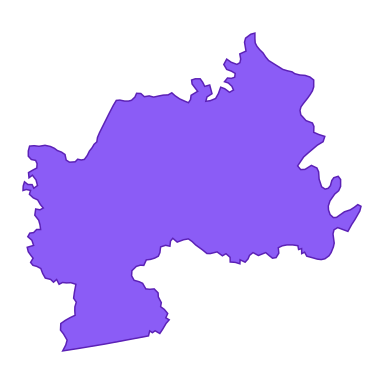 the district of Ivaiporã, Paraná, Brazil
{"feature_id": "56859067B76316504831540", "entity_name": "Ivaiporã", "entity_type": "district", "adm_level": 2, "iso_a3": "BRA", "parent_name": "Brazil", "parent_adm1": "Paraná", "projection": "natural_earth1", "projection_center": [-51.626, -24.281], "detail": "fine", "context": "isolated", "style": "filled", "palette": "violet", "viewbox_px": 384, "rotation_deg": 0, "n_neighbors": 0, "source": "geoboundaries", "source_scale": "gbopen_adm2", "svg_char_len": 3652}
<svg xmlns="http://www.w3.org/2000/svg" viewBox="0 0 384 384"><path d="M62.7,350.9L78.2,348.5L104.6,344.1L148.5,335.9L149.7,330.9L152.4,332.7L155.1,330.8L159.8,333.5L162.6,329.3L166.1,323.4L169.2,319.8L165.8,317.8L167.7,313.5L164.3,309.4L160.6,306.7L161.3,302.6L158.3,296.9L158.1,292.9L154.2,288.9L149.8,289.3L145.8,288.9L142.6,283.3L139.1,281.7L134.1,280.3L131.6,275.8L131.9,270.7L136.3,266.4L140.2,265.2L143.8,265.4L146.3,259.9L150.5,259.4L154.7,258.1L158.3,256.2L159.9,252.6L160.6,246.9L165.6,245.3L169.9,246.2L170.5,241.1L172.8,238.3L177.2,242.1L183.7,239.7L188.4,238.9L192.1,241.5L195.6,244.9L202.5,249.9L206.9,253.5L210.2,253.6L217.1,251.9L222.4,255.8L226.0,253.7L230.1,257.3L230.2,262.0L235.4,262.4L239.9,263.8L240.1,259.8L245.1,262.2L248.0,259.0L249.5,255.4L253.0,252.6L258.4,255.5L265.7,252.6L269.6,255.9L272.5,258.2L276.1,257.6L278.8,253.2L278.3,247.7L282.3,245.8L287.0,244.9L292.6,244.9L297.9,245.7L298.6,249.5L301.6,248.6L301.7,253.6L304.6,252.2L306.8,256.2L312.7,257.8L317.2,259.1L321.2,259.6L324.9,258.8L329.0,255.8L331.1,252.6L333.4,246.9L334.2,243.1L333.0,233.9L334.0,229.8L337.7,227.6L347.9,231.4L351.7,224.5L354.9,219.6L359.8,211.0L361.0,206.3L357.8,204.6L354.3,207.3L350.4,209.8L344.4,211.8L336.5,217.4L333.4,217.6L330.1,214.6L328.5,210.0L328.3,206.0L330.0,200.8L334.7,194.1L338.7,190.7L340.6,186.4L340.6,179.5L338.2,176.3L333.8,177.7L331.8,180.5L330.4,185.7L328.2,188.3L325.1,189.1L321.6,186.8L319.1,179.1L318.6,171.8L316.9,168.0L311.4,165.4L305.0,169.4L300.7,169.6L297.6,165.9L303.7,156.9L308.2,152.9L317.4,145.1L323.1,141.7L324.8,136.4L318.8,134.5L313.7,132.3L313.9,126.4L312.4,123.0L306.0,120.6L300.8,114.8L300.0,110.4L301.0,106.8L303.3,103.6L307.5,98.3L310.2,94.5L312.4,90.9L313.7,86.9L313.7,80.0L309.9,77.0L305.1,75.4L299.8,75.0L294.8,73.7L292.0,71.8L287.5,70.8L282.8,69.4L268.6,60.5L265.6,56.9L263.0,52.9L259.7,49.7L256.9,46.3L255.2,42.9L254.9,38.6L254.9,33.1L250.8,34.2L245.6,38.1L244.5,42.2L246.0,51.1L239.8,53.9L240.7,59.1L239.9,62.7L236.9,64.4L231.1,62.2L226.7,59.1L223.8,64.5L226.7,69.4L231.5,71.2L235.2,73.4L234.7,77.2L231.4,78.4L227.5,78.0L224.5,81.7L228.4,83.0L231.9,86.3L233.5,90.0L229.5,92.3L224.7,88.7L220.7,87.2L218.4,93.6L215.6,98.5L210.2,100.7L205.8,101.3L207.0,96.9L212.0,93.7L209.7,85.0L204.7,86.4L202.7,82.3L200.2,78.8L195.3,78.8L191.6,80.0L192.1,84.0L195.5,88.5L197.7,91.3L191.1,95.3L190.5,99.7L188.4,102.7L184.6,101.1L179.7,98.9L175.0,95.7L171.8,92.8L168.1,94.9L163.3,95.1L158.6,96.0L153.7,97.1L149.2,95.9L144.3,96.7L140.8,93.5L136.6,93.3L134.9,97.1L131.5,100.3L128.4,101.1L124.8,101.1L119.9,100.1L116.3,100.4L113.3,105.4L109.3,113.1L104.7,122.3L99.5,132.7L97.5,137.4L96.8,141.9L94.1,144.3L92.1,147.7L89.4,151.1L87.3,155.4L84.4,159.4L81.2,160.0L77.7,159.2L75.2,161.8L69.5,162.2L66.2,160.1L65.0,154.5L61.5,152.1L57.3,150.5L54.4,148.3L50.5,146.5L45.0,145.3L39.0,146.3L34.1,145.7L29.6,146.1L28.3,150.9L28.3,156.2L31.3,159.5L35.6,160.4L37.1,163.7L36.8,168.0L32.6,170.2L28.5,172.6L29.0,177.8L32.4,175.2L36.0,179.9L37.5,185.5L33.8,188.2L32.1,184.6L27.9,184.5L24.5,181.8L23.2,186.0L23.0,190.5L26.2,189.5L30.6,190.4L29.4,194.3L33.3,197.9L37.7,199.9L40.4,204.6L43.3,208.0L40.0,209.8L35.7,209.0L34.8,215.2L38.7,220.2L40.0,224.8L40.6,229.5L36.6,229.5L33.6,232.6L29.8,233.1L27.8,236.7L31.9,240.3L33.6,245.4L27.2,247.3L28.3,251.8L30.8,255.3L33.1,258.2L30.6,262.4L32.9,265.3L36.8,266.4L40.8,268.5L42.7,273.5L45.3,278.1L50.6,279.4L53.5,282.2L56.6,279.5L59.1,284.3L62.5,282.5L66.5,282.9L70.9,282.7L75.9,284.3L74.4,292.3L73.6,298.2L76.3,302.2L74.9,306.8L74.8,310.6L75.1,315.3L70.2,317.6L65.4,320.3L60.8,323.5L60.5,330.1L63.5,333.9L67.1,340.1L65.8,344.9L62.7,350.9Z" fill="#8b5cf6" stroke="#5b21b6" stroke-width="1.5"/></svg>